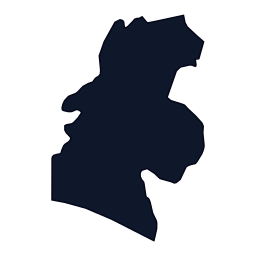 Santa Rosa, Natural Earth projection
{"feature_id": "GTM-1957", "entity_name": "Santa Rosa", "entity_type": "Department", "adm_level": 1, "iso_a3": "GTM", "parent_name": "Guatemala", "parent_adm1": "", "projection": "natural_earth1", "projection_center": [-90.341, 14.154], "detail": "fine", "context": "isolated", "style": "filled", "palette": "ink", "viewbox_px": 256, "rotation_deg": 0, "n_neighbors": 0, "source": "natural_earth", "source_scale": "10m", "svg_char_len": 1977}
<svg xmlns="http://www.w3.org/2000/svg" viewBox="0 0 256 256"><path d="M153.9,240.6L152.6,240.0L111.6,219.1L85.5,208.0L64.4,202.2L52.0,199.9L52.0,196.5L52.1,158.2L52.6,156.7L53.7,155.4L56.7,154.5L59.6,154.0L60.4,153.5L61.1,153.1L61.9,150.1L63.8,145.7L65.2,144.2L68.6,141.9L69.6,140.9L70.4,139.7L70.8,139.0L70.7,138.0L70.1,136.7L66.3,132.7L65.9,132.0L64.9,130.0L64.9,125.7L66.6,124.8L71.5,123.9L72.2,123.6L73.9,122.4L78.2,117.8L81.4,113.0L81.3,112.1L80.6,111.1L78.3,109.8L77.1,109.5L76.1,109.6L72.0,111.4L71.2,111.5L69.6,111.6L67.9,111.5L64.3,110.7L63.2,110.3L62.6,110.0L62.2,109.0L62.2,107.5L63.0,104.2L64.6,100.7L68.5,96.4L76.0,93.4L78.0,91.8L83.0,86.5L88.1,83.7L90.2,82.9L91.7,82.5L92.4,82.2L92.9,81.8L95.1,78.8L95.9,78.0L96.7,77.4L97.4,77.1L98.0,76.8L98.6,76.3L99.1,75.8L100.4,74.1L100.7,70.3L99.3,55.8L104.2,41.8L115.0,22.3L119.5,20.0L120.5,19.9L122.5,20.5L123.2,21.3L123.7,22.2L124.1,25.9L124.4,26.7L124.7,27.4L125.1,28.0L126.3,27.6L128.0,26.4L133.1,21.2L134.5,19.4L136.7,18.5L139.0,18.5L142.1,16.8L145.4,20.8L146.0,21.6L147.0,22.5L147.6,22.9L151.2,22.3L154.6,21.6L183.5,15.4L184.9,22.6L187.2,26.9L196.6,35.7L203.6,41.8L198.8,58.7L195.2,59.2L196.0,65.1L195.7,66.0L195.1,66.3L193.7,65.8L192.5,65.1L189.6,64.9L180.4,67.0L179.8,67.5L176.3,70.9L167.0,97.5L170.7,100.6L183.0,104.5L184.5,105.2L185.5,106.2L187.3,108.3L195.5,116.0L201.9,123.1L203.2,126.2L202.8,133.0L204.0,145.2L204.0,146.1L203.7,147.9L203.0,150.6L201.6,154.0L197.0,161.5L195.5,163.3L194.9,163.6L191.3,164.4L188.3,165.4L186.8,166.4L185.9,167.1L184.3,170.6L180.1,179.4L176.0,182.6L175.2,182.8L174.1,182.9L171.4,181.7L161.1,178.8L159.7,178.2L154.6,173.3L147.2,168.5L142.4,170.0L140.8,171.4L140.4,172.5L140.1,174.2L140.2,175.8L140.4,177.0L141.3,179.2L142.1,180.4L143.5,182.0L143.9,183.3L145.8,196.0L146.1,196.7L146.5,197.3L147.1,197.7L148.4,198.5L149.2,199.9L150.1,202.4L152.6,213.2L156.0,220.2L156.5,221.8L156.7,223.2L156.6,228.8L154.9,236.4L153.9,240.6Z" fill="#0f172a" stroke="#020617" stroke-width="1.5"/></svg>